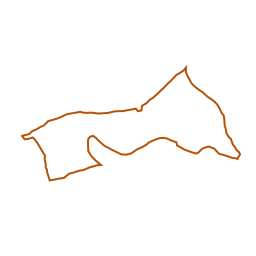 Esan West, Edo, Nigeria, rotated 80°
{"feature_id": "59680162B89634889188856", "entity_name": "Esan West", "entity_type": "district", "adm_level": 2, "iso_a3": "NGA", "parent_name": "Nigeria", "parent_adm1": "Edo", "projection": "equal_earth", "projection_center": [6.144, 6.652], "detail": "fine", "context": "isolated", "style": "outline", "palette": "amber", "viewbox_px": 256, "rotation_deg": 80, "n_neighbors": 0, "source": "geoboundaries", "source_scale": "gbopen_adm2", "svg_char_len": 2250}
<svg xmlns="http://www.w3.org/2000/svg" viewBox="0 0 256 256"><g transform="rotate(80 128 128)"><path d="M142.9,32.4L139.1,32.0L135.7,31.6L132.4,31.6L129.4,33.2L125.2,34.3L120.7,35.9L118.1,37.5L115.5,39.6L114.0,41.1L112.1,43.2L109.1,45.8L106.1,47.9L101.6,52.6L97.1,56.3L94.5,57.9L92.2,58.6L90.9,59.0L88.6,59.9L87.6,60.3L84.6,60.8L83.1,61.3L78.6,60.4L81.0,63.2L83.6,69.3L84.0,70.9L84.8,71.9L87.4,75.5L89.3,78.0L91.2,81.1L93.4,84.2L95.3,86.7L96.8,89.3L97.0,89.5L98.7,91.8L100.6,94.9L102.8,98.5L103.6,101.0L104.6,102.4L106.6,105.1L108.7,110.5L113.0,111.7L113.2,115.2L110.2,117.0L110.4,118.5L110.4,121.0L110.4,124.1L110.4,130.8L109.9,133.6L109.7,135.0L109.3,138.6L109.7,145.3L109.3,148.9L108.6,154.6L107.5,158.2L106.4,161.8L106.0,165.9L104.9,170.1L103.8,172.2L103.8,175.2L103.8,177.8L103.8,182.5L103.8,185.6L105.3,191.2L106.4,195.8L107.2,203.6L107.4,205.5L108.6,207.0L111.0,210.7L111.8,214.3L112.9,216.9L113.6,218.9L114.0,221.0L114.8,223.6L116.7,226.1L117.0,228.7L117.3,233.3L117.5,233.7L121.2,231.7L121.4,228.1L120.8,223.5L123.0,221.9L127.2,219.8L141.1,214.5L143.7,215.5L146.3,215.4L149.7,215.4L152.7,215.9L155.1,215.0L156.2,215.3L156.9,215.3L159.3,215.1L166.0,214.2L166.0,211.5L166.0,211.3L166.0,210.9L166.1,209.9L166.0,208.8L165.9,205.4L166.0,199.6L164.6,197.2L162.8,194.1L162.4,188.9L162.0,186.4L161.6,183.8L161.6,179.1L160.1,172.5L159.9,169.9L159.7,167.8L159.6,166.9L159.3,165.3L159.7,161.1L154.1,165.8L149.2,169.0L144.0,171.1L140.2,170.6L137.2,170.2L132.8,169.4L132.5,169.2L131.6,168.7L130.0,166.7L129.7,163.6L131.9,161.5L134.9,159.4L138.3,156.8L141.7,154.1L144.3,150.5L146.5,147.9L148.4,145.3L149.9,143.2L152.9,139.1L154.0,133.9L153.6,129.3L153.1,128.2L150.6,122.6L149.8,119.6L149.1,116.9L147.6,112.8L146.1,110.3L144.9,106.7L144.2,103.1L143.4,98.5L143.8,96.1L144.1,93.8L145.6,90.7L147.5,88.1L149.5,84.6L150.5,82.8L153.7,82.7L156.5,79.2L158.8,76.6L160.6,73.5L161.9,71.4L162.6,70.1L163.3,68.8L164.9,65.6L164.6,63.4L161.3,58.6L160.6,55.0L160.2,52.1L160.2,51.9L163.2,46.7L169.1,42.9L171.8,37.3L172.8,35.4L173.7,33.7L175.5,30.6L175.9,29.0L177.4,25.4L176.3,24.9L173.6,22.3L171.0,22.9L168.4,25.0L165.4,26.0L162.4,27.6L156.4,28.7L154.5,30.3L151.5,31.4L150.4,31.9L148.1,31.9L144.8,32.0L142.9,32.4Z" fill="none" stroke="#b45309" stroke-width="2"/></g></svg>